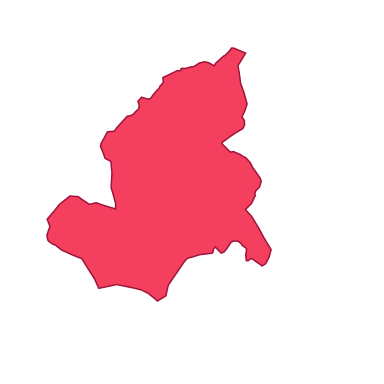 Al Manar, Dhamar, Yemen, rotated 135°
{"feature_id": "15242507B33672169591195", "entity_name": "Al Manar", "entity_type": "district", "adm_level": 2, "iso_a3": "YEM", "parent_name": "Yemen", "parent_adm1": "Dhamar", "projection": "robinson", "projection_center": [44.125, 14.653], "detail": "fine", "context": "isolated", "style": "filled", "palette": "rose", "viewbox_px": 384, "rotation_deg": 135, "n_neighbors": 0, "source": "geoboundaries", "source_scale": "gbopen_adm2", "svg_char_len": 2883}
<svg xmlns="http://www.w3.org/2000/svg" viewBox="0 0 384 384"><g transform="rotate(135 192 192)"><path d="M326.0,189.8L323.2,188.0L323.0,187.8L310.7,179.8L300.4,164.2L297.0,158.5L294.7,151.4L293.8,144.0L293.6,139.4L291.0,138.7L290.5,138.6L283.9,137.0L279.1,140.1L274.8,142.8L274.6,142.9L246.6,148.2L243.6,148.3L242.0,148.3L238.2,146.1L230.7,142.1L222.3,135.5L221.3,134.7L220.0,134.4L217.3,136.5L214.5,136.6L214.6,128.1L211.7,126.9L206.7,127.4L200.5,128.8L197.5,128.1L197.2,127.8L195.1,125.7L194.6,125.3L194.4,124.5L193.7,121.6L194.3,118.4L193.5,114.9L194.0,112.8L198.7,109.3L202.1,105.0L201.0,103.8L199.1,103.5L197.7,103.4L196.7,102.1L194.9,91.5L194.9,90.2L194.3,90.1L193.9,90.0L192.4,89.6L190.7,89.2L184.0,91.3L183.5,91.4L181.1,92.9L177.5,94.9L176.8,95.3L174.3,105.6L173.3,109.6L170.8,117.6L170.4,119.1L169.5,122.7L169.2,124.1L167.5,130.8L167.1,132.3L166.9,136.4L166.6,141.8L165.0,141.8L158.3,141.8L158.2,141.8L157.4,142.0L152.9,143.6L150.2,144.8L149.8,144.6L148.7,146.5L146.0,147.7L143.0,147.7L140.7,147.8L135.4,150.7L135.4,150.8L135.1,151.4L133.9,153.8L131.7,166.7L130.1,171.2L129.7,178.4L130.8,180.8L131.3,184.3L133.5,189.6L134.1,191.3L136.7,193.1L136.7,201.3L136.7,201.5L136.7,203.3L136.7,205.0L135.1,205.7L126.1,204.3L120.3,203.2L111.3,200.9L107.6,202.1L104.4,205.6L103.5,209.8L97.1,212.1L90.8,215.3L87.3,221.5L84.9,225.7L81.3,233.3L80.7,234.6L80.3,235.1L74.4,242.8L72.5,245.5L70.2,248.8L55.9,252.3L60.7,264.2L62.4,265.9L65.0,265.3L68.7,265.2L71.2,265.2L72.4,265.2L73.5,265.8L84.0,266.3L87.0,265.5L88.5,270.5L88.8,271.6L90.9,275.1L95.3,277.8L95.7,278.1L101.5,279.2L106.1,282.3L108.8,283.7L110.1,284.8L111.7,286.6L112.5,287.0L113.2,286.0L113.6,286.0L115.4,286.7L116.4,288.1L127.5,292.0L131.6,293.5L133.9,290.9L134.9,289.7L137.9,289.5L140.0,289.5L141.6,288.6L144.6,288.7L151.6,288.1L154.4,287.4L156.8,288.1L158.2,290.0L160.7,294.8L163.0,294.5L165.5,294.5L166.0,294.5L168.2,290.2L168.4,290.2L171.2,288.5L174.5,288.7L175.2,288.7L178.5,288.5L180.7,289.1L181.9,289.8L182.6,290.2L184.1,291.4L192.0,291.0L199.9,290.7L203.9,289.9L204.7,290.6L209.0,294.2L209.2,294.4L215.7,292.4L221.9,290.6L223.2,289.7L223.4,289.6L224.5,288.9L227.0,282.7L229.7,277.2L227.7,271.1L233.1,264.5L235.0,262.2L236.7,260.6L236.8,260.6L239.2,258.4L239.9,257.8L242.9,255.1L246.2,252.2L248.7,247.3L254.0,238.1L257.9,234.0L260.7,239.0L264.9,246.9L267.4,252.3L270.4,254.0L273.3,255.8L275.1,264.9L275.7,269.1L276.3,269.8L279.0,272.9L281.2,275.5L284.8,275.9L294.7,277.0L295.7,276.8L295.8,276.8L299.5,276.4L303.7,275.9L304.4,275.9L310.8,275.4L313.7,275.1L313.8,274.9L315.4,271.3L316.9,268.0L320.6,266.3L325.1,264.1L327.0,261.5L328.1,259.5L328.1,257.8L327.6,255.5L327.3,253.3L326.1,251.0L325.8,247.8L325.2,243.0L321.7,233.7L320.9,231.7L320.7,231.2L318.1,225.1L317.6,223.9L317.1,222.9L317.9,219.3L319.4,212.7L320.7,207.1L322.4,199.3L324.3,194.4L326.0,189.8Z" fill="#f43f5e" stroke="#9f1239" stroke-width="1.5"/></g></svg>